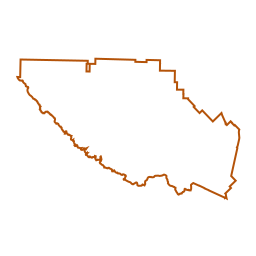 outline of Kalamunda, Western Australia, Australia, rotated 181°
{"feature_id": "25037944B74850979375149", "entity_name": "Kalamunda", "entity_type": "district", "adm_level": 2, "iso_a3": "AUS", "parent_name": "Australia", "parent_adm1": "Western Australia", "projection": "albers", "projection_center": [116.154, -32.004], "detail": "fine", "context": "isolated", "style": "outline", "palette": "amber", "viewbox_px": 256, "rotation_deg": 181, "n_neighbors": 0, "source": "geoboundaries", "source_scale": "gbopen_adm2", "svg_char_len": 5584}
<svg xmlns="http://www.w3.org/2000/svg" viewBox="0 0 256 256"><g transform="rotate(181 128 128)"><path d="M236.6,194.6L236.7,177.0L239.5,177.1L239.1,176.0L238.0,174.5L237.1,173.7L236.5,173.6L236.1,173.7L235.4,173.4L234.6,173.7L234.2,173.6L234.0,173.3L233.8,172.3L233.6,172.0L233.0,171.3L231.3,170.1L231.3,169.6L230.8,168.6L230.8,168.0L229.8,167.5L229.0,167.4L228.6,167.2L228.4,166.4L229.1,165.2L229.2,163.8L228.9,162.5L227.8,160.5L226.8,159.2L225.5,158.4L225.2,158.0L224.4,157.4L223.2,155.6L222.3,155.5L221.7,154.9L221.4,154.9L221.3,154.6L220.7,154.5L220.4,154.1L219.8,153.6L219.7,153.2L219.4,153.2L219.1,152.9L218.7,151.7L218.2,151.2L218.2,150.9L217.5,150.2L217.4,149.8L217.2,149.6L216.8,149.6L216.7,149.0L216.4,148.5L215.9,148.1L216.2,147.8L216.2,147.4L216.4,147.3L216.1,146.4L216.5,145.3L216.1,145.1L216.1,144.6L215.9,144.4L215.9,144.0L215.2,143.4L215.0,142.9L214.8,142.8L214.7,142.2L214.2,141.9L213.6,141.8L213.2,141.3L212.7,141.5L212.2,141.2L211.8,141.3L211.7,141.9L211.2,142.3L210.7,142.5L210.3,142.9L209.8,142.9L209.1,142.7L209.0,142.9L208.7,143.0L208.4,142.8L208.0,142.0L207.4,141.9L206.7,141.2L206.6,140.8L206.1,140.6L205.8,140.0L205.5,139.8L205.1,140.0L204.8,139.8L204.0,138.8L202.8,137.9L202.4,137.1L201.8,136.6L201.5,136.6L201.3,136.4L201.1,135.2L201.5,133.6L201.5,133.2L201.4,132.8L200.9,132.2L199.9,131.5L199.7,131.0L199.3,131.1L199.1,131.4L198.6,131.4L198.2,131.0L197.8,130.9L197.4,129.8L195.9,128.1L195.5,127.9L195.2,128.0L195.1,127.7L194.7,127.5L194.6,127.1L194.4,127.0L194.5,126.4L193.7,125.0L193.1,124.5L192.5,123.3L191.8,122.9L190.6,123.3L190.1,123.3L189.3,124.3L189.5,123.7L190.0,122.9L190.4,122.9L191.0,122.3L191.0,121.7L191.1,121.2L190.9,121.2L189.5,121.5L189.2,121.7L188.6,121.6L188.1,120.9L188.0,120.4L187.7,120.1L186.5,120.0L186.0,120.1L186.0,120.4L185.7,120.6L185.9,120.4L185.8,120.1L185.5,119.4L185.1,119.1L184.8,119.2L184.4,119.1L184.6,118.7L184.7,118.4L184.5,117.7L184.9,116.2L184.8,115.5L183.3,114.8L182.6,115.3L182.7,114.6L182.6,113.9L182.1,113.4L181.8,113.5L181.8,113.0L181.6,112.7L181.2,112.7L181.5,112.6L181.6,112.1L180.9,110.8L180.4,110.6L180.8,110.0L181.1,109.8L181.0,109.7L180.9,109.3L180.6,109.0L179.7,109.1L179.2,109.4L179.0,109.7L178.5,109.8L178.1,108.8L178.1,108.2L177.5,107.4L176.7,107.4L174.9,107.0L174.3,107.1L174.8,106.2L174.7,105.7L173.9,105.3L173.4,105.3L172.3,106.0L171.6,106.0L171.7,106.9L171.0,106.9L170.8,106.6L170.4,106.4L169.1,107.0L169.6,106.3L169.7,105.9L170.4,105.8L171.0,106.0L170.8,105.5L171.3,105.2L170.6,103.3L169.7,102.3L168.9,102.0L168.7,102.2L168.7,101.8L168.3,101.9L168.7,101.4L168.8,101.0L169.4,101.3L169.6,101.2L169.7,100.7L169.6,100.4L169.0,100.4L167.7,99.3L167.5,98.8L166.6,98.1L165.8,98.1L165.5,98.8L163.7,97.7L163.4,97.7L162.9,98.3L162.4,98.4L161.9,98.3L160.5,99.0L160.5,99.4L159.8,99.2L159.9,97.9L160.2,97.7L160.3,97.3L160.1,97.0L159.8,96.0L159.2,95.2L158.2,95.8L157.8,95.5L156.4,95.8L156.0,95.7L155.6,95.9L155.2,96.4L155.0,98.0L154.9,98.3L154.7,98.0L154.7,98.4L154.9,98.6L154.6,98.8L154.5,98.4L154.4,98.0L154.5,97.9L154.3,97.3L153.7,97.2L154.0,97.2L154.0,96.1L154.2,95.7L154.4,94.7L154.9,94.6L155.2,94.1L155.6,92.8L155.2,92.1L154.7,92.0L154.0,91.2L153.1,90.6L152.5,90.5L151.5,89.3L151.0,89.0L151.1,88.1L149.2,87.8L148.0,87.3L147.6,87.4L147.2,87.8L146.4,87.9L146.1,87.7L145.9,87.3L144.9,87.0L143.5,86.3L143.0,85.5L143.3,84.9L143.0,84.4L142.7,84.5L142.2,84.4L142.1,84.6L142.1,84.9L141.1,85.4L139.8,83.6L138.6,83.0L137.8,83.2L137.7,83.1L137.6,82.8L137.3,82.4L135.7,82.4L135.0,82.1L134.3,81.4L133.4,81.0L132.9,81.0L132.3,81.6L131.9,81.6L131.3,81.5L130.5,80.9L129.8,80.8L129.6,80.6L129.3,79.9L129.7,79.5L129.9,79.1L129.9,78.4L130.1,77.8L131.4,76.9L131.4,76.4L131.1,76.1L130.3,76.3L129.9,76.2L128.7,75.4L126.5,74.3L125.1,73.9L124.4,73.5L123.4,72.4L122.6,71.9L121.8,71.9L121.7,72.2L120.7,72.5L119.4,73.5L118.7,73.7L118.2,73.5L117.9,73.0L117.5,70.9L116.6,70.4L113.8,70.5L112.9,71.0L112.7,71.6L112.4,71.8L110.5,70.9L109.8,72.4L110.0,73.3L109.9,75.0L109.4,75.6L108.6,76.0L108.1,76.5L107.6,77.7L107.6,78.0L107.0,78.9L106.7,79.2L105.5,79.5L104.9,79.3L104.2,79.5L103.1,79.1L101.6,79.3L101.3,79.4L100.5,80.4L99.8,80.7L97.0,80.9L95.6,80.6L93.2,81.0L92.8,81.3L92.5,81.3L91.3,82.0L90.9,82.0L89.6,81.5L88.8,80.9L88.7,80.5L88.8,79.5L88.7,78.6L88.1,77.7L87.7,77.1L87.6,75.9L87.0,74.8L87.0,74.1L87.1,73.4L87.0,73.2L86.5,72.7L85.5,71.5L84.6,71.0L82.8,70.7L82.6,70.5L82.1,70.4L81.3,69.9L80.8,69.9L80.1,69.2L79.5,69.1L79.5,68.4L79.7,67.7L79.7,67.1L79.3,66.6L78.4,64.9L77.6,63.9L77.1,62.9L76.7,62.6L76.4,62.3L75.9,62.4L75.3,63.1L74.2,63.2L73.8,63.4L73.4,63.4L73.4,63.8L72.7,64.1L72.1,65.0L71.4,65.1L70.9,65.5L70.4,66.4L70.4,67.2L70.3,68.0L70.0,68.2L69.3,67.8L68.9,67.7L68.5,67.3L66.0,66.8L66.0,67.1L64.3,66.7L63.8,68.2L63.8,70.3L64.0,71.6L64.0,72.2L63.6,72.7L61.8,74.1L55.8,71.5L55.7,71.6L51.1,69.5L50.3,69.1L50.3,68.9L47.1,67.6L46.3,67.3L46.2,67.1L30.2,60.1L30.1,59.9L29.9,60.2L28.2,59.3L28.9,62.2L29.0,63.5L29.6,64.2L24.0,69.8L25.3,71.3L19.4,77.2L24.0,81.8L18.3,109.9L18.8,110.5L18.3,111.4L18.0,112.3L16.7,118.6L16.5,120.1L17.1,125.5L17.0,127.3L16.7,128.4L21.3,132.9L21.8,132.4L24.4,135.0L24.2,135.2L25.5,136.5L29.2,132.7L30.0,133.5L30.2,134.3L30.5,134.0L30.9,135.6L34.1,142.5L34.8,144.6L43.3,136.0L54.1,146.9L56.7,144.2L62.1,149.6L62.7,150.2L61.8,151.1L68.4,157.8L68.4,158.7L73.2,158.7L73.1,162.9L73.3,162.9L73.3,167.3L79.7,167.2L79.7,174.6L82.1,174.6L82.1,186.0L97.1,185.9L97.1,192.9L97.0,193.2L97.1,193.4L97.1,196.3L110.6,196.4L110.6,194.2L121.8,194.3L121.8,196.3L161.8,196.7L161.8,191.5L167.4,191.5L167.4,183.8L170.5,183.8L170.5,191.5L169.4,191.5L169.4,194.5L236.6,194.6Z" fill="none" stroke="#b45309" stroke-width="2"/></g></svg>